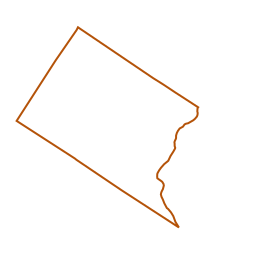 Carroll, Illinois, United States of America, rotated 214°
{"feature_id": "52423323B13226465983213", "entity_name": "Carroll", "entity_type": "district", "adm_level": 2, "iso_a3": "USA", "parent_name": "United States of America", "parent_adm1": "Illinois", "projection": "albers", "projection_center": [-90.126, 42.064], "detail": "fine", "context": "isolated", "style": "outline", "palette": "amber", "viewbox_px": 256, "rotation_deg": 214, "n_neighbors": 0, "source": "geoboundaries", "source_scale": "gbopen_adm2", "svg_char_len": 874}
<svg xmlns="http://www.w3.org/2000/svg" viewBox="0 0 256 256"><g transform="rotate(214 128 128)"><path d="M224.3,71.6L155.0,73.0L153.0,72.8L98.6,72.8L30.2,74.0L36.2,76.7L41.2,80.3L45.2,82.1L49.4,83.3L51.1,83.4L55.8,85.9L59.1,88.2L61.6,89.6L63.6,91.3L64.2,92.7L64.6,94.2L64.9,96.9L66.1,100.3L67.3,101.5L69.5,102.5L70.4,102.6L75.5,102.7L76.5,103.8L78.0,106.2L78.3,107.5L78.5,110.5L78.4,113.6L77.8,118.3L76.3,123.3L77.1,128.7L77.2,133.6L77.5,137.3L77.8,138.0L79.2,139.1L80.6,141.1L81.5,142.1L81.7,142.6L82.0,143.8L82.2,145.4L82.5,146.5L83.9,148.6L84.7,151.1L85.0,153.5L84.9,156.5L83.2,159.8L83.1,162.6L82.4,163.9L80.8,165.6L78.2,170.9L77.6,173.1L77.3,176.1L77.7,177.7L78.6,179.4L79.8,180.5L81.1,182.7L81.4,183.5L81.4,184.4L108.7,183.9L123.0,183.8L132.2,183.5L135.1,183.4L225.8,183.5L225.4,180.5L225.8,143.7L224.3,71.6Z" fill="none" stroke="#b45309" stroke-width="2"/></g></svg>